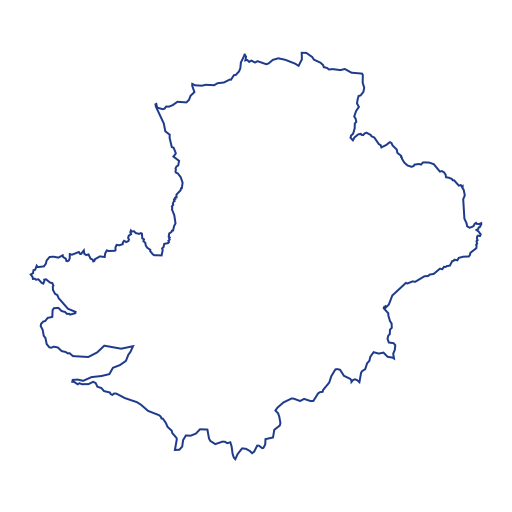 Cayambe, Pichincha, Ecuador (Robinson projection)
{"feature_id": "8360857B65214647181775", "entity_name": "Cayambe", "entity_type": "district", "adm_level": 2, "iso_a3": "ECU", "parent_name": "Ecuador", "parent_adm1": "Pichincha", "projection": "robinson", "projection_center": [-78.111, -0.003], "detail": "fine", "context": "isolated", "style": "outline", "palette": "blue", "viewbox_px": 512, "rotation_deg": 0, "n_neighbors": 0, "source": "geoboundaries", "source_scale": "gbopen_adm2", "svg_char_len": 5974}
<svg xmlns="http://www.w3.org/2000/svg" viewBox="0 0 512 512"><path d="M364.2,87.7L362.7,82.8L362.8,74.9L362.0,73.6L351.5,72.7L344.8,69.0L340.4,70.1L332.7,69.1L329.0,69.5L326.8,67.8L323.8,67.2L323.2,65.2L320.5,62.7L314.0,59.7L312.2,57.0L306.3,52.9L301.7,52.8L301.9,59.3L298.6,65.8L295.0,63.6L285.3,59.8L278.3,58.3L272.8,59.9L268.5,63.5L266.2,64.2L257.6,61.2L255.0,62.5L251.3,60.6L249.2,61.9L247.3,60.0L245.3,60.4L246.1,56.9L244.4,53.8L244.5,55.1L240.9,62.5L240.3,68.4L239.0,71.5L235.8,74.9L233.9,75.2L231.0,79.7L229.7,79.6L223.9,82.5L217.6,83.2L214.2,85.2L205.9,84.8L201.7,85.7L195.0,85.3L192.3,83.9L192.2,85.7L194.4,92.1L190.6,95.7L189.0,99.8L186.4,102.4L177.4,101.8L172.6,105.2L169.1,106.6L166.1,106.6L164.6,108.6L162.8,109.2L157.1,107.6L156.3,103.9L155.5,104.3L155.8,106.4L163.8,123.5L165.3,131.3L169.7,134.7L169.6,137.9L171.8,147.1L173.6,147.7L175.7,152.9L175.7,153.7L173.4,156.6L179.1,160.9L178.2,165.4L176.5,166.5L175.5,168.5L175.9,169.6L175.5,171.3L175.8,172.5L177.9,173.5L180.7,177.2L182.6,182.7L181.8,188.3L181.0,188.4L180.5,190.4L176.5,194.5L176.5,197.3L175.6,197.2L175.0,197.9L175.3,198.9L174.0,199.4L174.6,200.9L173.8,201.2L172.8,203.8L173.2,204.9L171.9,206.4L172.3,208.0L171.9,209.2L174.3,215.3L175.5,223.4L174.1,226.0L173.1,230.5L171.9,230.7L171.5,231.9L169.2,233.5L168.7,236.7L169.7,237.4L169.1,238.2L169.7,239.6L168.4,240.8L169.0,242.0L168.0,243.1L164.2,243.9L163.6,247.0L162.1,248.4L162.7,250.1L161.6,255.4L154.1,255.2L152.9,254.4L150.2,251.2L150.3,249.8L147.3,247.8L145.8,245.6L145.3,242.8L143.4,241.1L144.0,239.4L142.3,238.4L141.9,233.6L140.8,233.1L139.3,233.9L135.8,233.1L133.9,231.2L131.7,231.6L130.9,230.5L130.3,232.2L131.1,234.2L128.8,235.6L128.1,237.9L129.0,239.6L128.4,241.0L126.3,242.1L124.1,240.8L122.9,242.4L122.7,244.2L119.1,245.3L116.6,244.9L115.5,247.3L115.5,250.2L114.8,250.8L108.5,251.0L106.8,250.4L105.2,253.4L104.7,257.0L99.9,256.4L95.0,259.2L94.3,261.0L93.3,261.4L92.6,259.6L90.6,258.7L88.5,254.4L86.3,255.1L84.3,253.8L83.8,250.4L81.0,254.0L80.2,254.0L78.8,252.0L72.0,254.7L69.8,254.1L69.7,258.4L68.8,260.5L67.5,261.2L66.4,261.0L65.9,258.8L63.1,257.0L62.7,255.3L58.4,257.6L53.5,256.7L49.6,257.0L46.6,260.5L45.9,263.6L43.9,266.4L37.7,267.1L36.7,265.7L35.2,269.7L33.5,270.2L33.0,273.2L30.7,274.5L32.6,277.0L32.9,278.9L34.8,278.7L35.9,279.7L38.4,279.3L41.6,282.8L43.3,283.6L44.4,280.8L44.2,279.7L46.0,279.3L50.1,282.6L52.3,283.1L53.4,285.5L52.8,286.6L53.0,290.0L55.1,293.9L57.3,295.0L58.6,298.1L68.0,308.8L75.6,311.9L75.3,313.2L70.1,314.6L69.2,313.8L66.9,313.9L65.1,312.0L61.5,311.0L58.4,307.9L53.9,308.2L52.6,310.2L52.3,316.9L47.7,317.9L45.2,321.0L43.2,321.6L41.1,323.8L40.7,326.1L42.7,329.9L43.7,335.7L45.4,337.9L46.7,344.1L49.3,347.3L51.3,347.7L53.7,346.7L57.7,347.4L61.7,351.1L65.7,352.0L67.7,353.4L69.6,353.2L72.9,356.1L88.3,357.0L97.2,352.4L104.3,345.7L121.2,348.7L133.0,346.2L130.3,352.2L128.5,354.4L125.9,360.9L119.9,365.1L112.9,367.8L109.4,374.1L101.5,376.0L91.5,377.1L83.2,380.8L77.8,379.6L72.7,379.9L72.3,381.8L74.1,381.9L77.7,384.3L79.5,383.2L81.9,384.2L88.5,384.1L93.2,381.8L95.7,383.1L97.4,386.7L101.3,388.0L104.0,391.1L109.9,392.5L110.8,394.2L112.3,394.9L114.1,393.5L116.3,393.6L124.9,398.1L137.0,402.2L140.8,404.6L148.1,410.9L159.1,415.2L160.8,416.7L161.5,418.5L162.8,418.6L165.8,422.8L167.5,426.8L171.7,430.7L172.3,433.1L176.5,437.9L176.8,439.4L174.9,450.0L179.4,449.7L182.2,446.6L183.1,440.1L185.9,435.5L190.6,435.7L195.9,433.6L200.0,429.3L206.5,429.5L207.4,429.6L209.0,438.5L210.3,440.9L215.3,444.1L222.6,441.6L225.0,441.8L227.2,443.2L230.3,442.3L231.6,446.4L232.6,453.9L233.8,457.5L235.3,459.2L237.6,454.1L242.1,448.4L245.9,448.8L249.7,450.9L252.1,453.2L254.2,451.6L257.2,445.6L259.0,445.7L262.3,448.2L263.4,447.9L265.2,444.5L265.5,439.1L273.0,437.5L274.3,429.8L279.8,425.5L280.4,423.0L279.3,416.8L278.1,413.3L275.4,410.5L277.5,407.6L283.5,402.4L291.6,398.5L293.5,398.6L300.1,401.0L304.1,398.9L310.7,401.1L313.4,400.9L318.1,393.4L319.9,392.2L322.6,391.8L323.2,389.8L329.2,382.6L331.3,376.2L335.4,369.4L337.4,369.1L340.1,369.8L343.9,375.8L350.3,378.9L351.4,380.4L351.5,381.9L353.1,380.0L354.9,379.3L357.1,380.1L359.4,382.2L361.1,372.7L362.2,371.0L365.2,369.2L367.1,363.3L369.4,360.8L370.3,356.8L373.6,352.2L378.8,353.6L383.5,352.6L387.6,356.8L392.5,357.6L394.0,358.5L393.2,353.8L394.8,349.8L395.3,345.2L393.6,343.2L388.8,342.5L387.5,338.7L388.3,335.7L389.8,334.0L390.0,329.7L391.8,327.8L391.6,323.5L390.0,321.1L388.3,315.4L388.3,313.3L383.7,308.2L384.2,306.9L384.9,306.6L385.5,307.4L385.9,306.3L386.5,306.8L388.8,304.6L392.3,295.5L405.9,282.9L407.3,283.5L412.7,281.4L415.2,281.8L424.4,276.3L428.3,275.9L429.6,274.6L433.7,273.9L439.9,268.7L442.3,269.2L444.0,266.8L445.6,267.0L446.8,266.1L449.9,265.6L452.2,261.1L453.7,260.8L454.4,259.7L457.4,260.3L458.7,257.9L463.3,256.7L468.8,256.5L469.9,255.1L470.4,252.8L476.3,248.2L476.6,246.1L476.1,244.9L477.1,243.7L476.5,241.2L477.6,240.2L476.9,238.5L477.2,236.4L477.8,235.7L480.0,236.0L480.7,234.4L478.5,231.4L476.5,230.0L478.3,228.9L478.7,227.4L479.8,227.1L481.3,224.2L481.2,223.2L479.0,224.1L476.6,223.8L476.1,222.9L474.7,223.8L473.6,226.0L471.6,227.1L469.5,227.7L467.1,226.2L466.6,223.4L464.4,218.6L463.2,199.2L464.8,195.4L463.7,189.9L462.7,188.5L462.6,186.1L461.8,186.7L460.8,185.1L458.8,185.6L454.1,180.3L452.8,180.3L451.8,178.9L449.1,177.8L446.0,177.2L445.6,174.7L444.1,172.4L441.9,171.1L439.9,171.6L433.8,164.2L429.2,162.6L424.9,162.4L422.9,162.5L421.0,164.6L419.1,164.0L414.5,164.6L413.7,166.0L411.6,166.8L407.6,165.5L404.4,162.7L401.9,158.7L401.9,157.5L401.1,157.1L401.1,155.8L397.4,152.9L396.7,149.5L392.6,145.5L391.4,142.9L389.8,142.2L386.2,145.0L381.4,147.4L380.7,145.2L378.8,144.1L374.3,137.5L371.5,136.3L370.8,135.0L366.4,132.7L364.4,133.6L363.2,135.1L361.4,134.8L360.8,133.8L358.2,134.4L354.5,137.4L352.9,140.3L350.5,137.7L351.1,135.5L352.9,134.0L353.7,131.9L354.7,128.2L354.8,123.5L356.3,121.8L355.6,118.6L354.2,116.5L356.1,111.0L358.9,106.9L357.0,103.5L357.5,100.0L358.6,96.0L360.6,95.4L363.4,91.9L364.2,87.7Z" fill="none" stroke="#1e3a8a" stroke-width="2"/></svg>